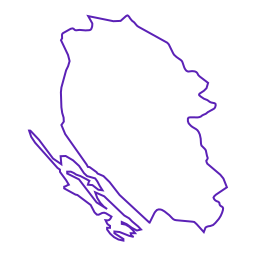 the County of Licko-Senjska
{"feature_id": "HRV-1584", "entity_name": "Licko-Senjska", "entity_type": "County", "adm_level": 1, "iso_a3": "HRV", "parent_name": "Croatia", "parent_adm1": "", "projection": "natural_earth1", "projection_center": [15.249, 44.713], "detail": "fine", "context": "isolated", "style": "outline", "palette": "violet", "viewbox_px": 256, "rotation_deg": 0, "n_neighbors": 0, "source": "natural_earth", "source_scale": "10m", "svg_char_len": 3189}
<svg xmlns="http://www.w3.org/2000/svg" viewBox="0 0 256 256"><path d="M149.5,222.7L119.6,195.0L109.6,182.1L103.5,176.1L97.5,173.5L96.6,172.2L89.6,167.1L87.9,166.9L86.6,164.5L65.2,134.1L61.4,125.0L63.8,121.6L63.6,117.6L62.2,112.9L61.4,107.3L60.9,92.3L61.4,87.5L66.1,70.3L68.1,66.2L69.6,61.1L68.0,54.9L61.0,40.2L62.1,38.3L62.0,34.8L62.3,33.9L62.9,33.2L70.7,28.8L72.4,28.4L73.5,28.7L74.6,29.8L75.2,30.1L76.1,30.3L79.5,29.9L85.5,30.4L89.2,30.2L90.5,29.8L91.3,28.9L92.1,26.7L92.3,24.8L92.3,23.4L88.2,16.1L113.4,21.2L120.6,20.9L126.0,16.1L127.3,15.4L128.1,15.7L129.2,16.9L129.9,18.1L131.0,19.5L132.1,20.8L134.0,22.2L134.8,23.1L136.2,24.8L137.2,25.9L138.5,26.8L167.2,42.7L167.9,43.4L168.8,44.4L173.0,53.0L174.0,54.7L176.5,57.0L180.9,60.1L181.9,61.1L182.5,62.3L184.2,67.3L184.9,68.8L186.1,70.5L187.0,71.1L188.0,71.5L188.8,71.5L192.1,71.1L194.8,71.4L196.3,72.1L197.2,73.0L197.7,73.9L198.3,75.1L199.7,76.5L208.1,82.9L206.5,88.2L203.9,90.8L199.6,93.6L199.1,94.4L199.2,95.2L200.5,96.4L203.9,98.7L207.4,100.1L209.8,101.9L211.2,102.5L214.6,103.2L215.5,103.9L215.7,105.2L215.2,107.1L214.6,108.1L214.0,108.7L207.9,112.1L205.8,113.8L203.4,114.8L202.1,115.5L200.9,116.5L199.4,117.1L197.7,117.4L190.1,117.3L188.5,117.7L187.9,118.7L187.9,121.2L188.7,123.4L190.8,125.7L192.3,126.9L196.0,129.1L197.4,130.2L198.6,131.9L199.8,134.5L200.7,138.7L201.0,143.8L201.5,145.6L204.8,148.9L205.8,150.3L207.0,155.9L207.5,157.3L207.7,158.1L207.5,158.8L207.0,159.7L206.3,160.7L206.5,161.9L207.3,163.7L220.3,174.7L223.4,178.5L226.9,187.3L215.9,194.7L214.2,196.3L213.5,197.6L214.1,199.0L215.0,200.1L215.8,200.7L216.7,201.2L217.9,201.6L218.8,202.2L219.3,202.8L219.5,203.9L219.8,204.9L220.3,205.6L221.1,206.2L222.0,206.7L222.7,207.3L223.1,208.2L222.9,210.1L222.1,212.7L220.7,215.9L218.9,218.8L215.4,222.9L213.1,225.0L210.3,226.0L208.2,226.3L206.5,226.9L205.5,227.6L203.8,232.1L196.7,224.2L194.3,222.0L192.6,221.7L176.2,220.2L174.7,219.9L173.5,219.3L172.6,218.6L169.3,215.2L164.5,211.4L161.9,209.9L160.4,209.5L158.7,209.4L156.9,210.0L155.2,211.8L154.3,213.2L149.6,222.7L149.5,222.7ZM59.9,169.6L57.5,167.9L35.1,142.7L31.2,136.8L29.1,130.6L30.1,130.6L30.7,131.0L39.0,139.8L53.0,158.5L61.3,164.2L60.6,156.2L65.7,156.0L73.0,160.3L79.1,165.9L84.0,173.2L87.1,176.1L95.2,178.4L97.4,181.5L99.6,185.7L102.5,190.3L98.3,189.7L92.4,185.1L87.9,184.7L88.8,181.9L89.4,180.8L80.5,176.1L76.2,174.6L73.8,173.0L70.9,171.7L67.2,171.7L67.2,173.5L79.0,179.4L96.6,202.4L107.1,209.0L103.7,206.5L100.3,202.8L97.3,198.1L95.2,192.3L104.2,196.3L124.3,215.5L129.1,218.3L132.2,221.5L138.2,226.5L141.0,229.5L136.9,230.5L131.8,227.8L126.6,224.1L121.8,222.0L121.8,223.9L125.6,224.6L129.4,226.9L132.7,230.0L135.1,233.2L130.7,233.2L131.1,234.8L131.7,235.7L132.5,236.3L133.7,236.9L129.1,235.8L119.5,232.0L114.4,231.5L114.4,233.2L123.4,239.0L123.4,240.6L118.4,239.5L114.0,237.1L110.2,233.7L107.1,229.5L107.1,227.8L110.0,227.8L110.0,225.8L108.3,224.8L107.2,223.7L105.5,220.2L107.7,220.4L109.3,219.9L110.4,218.7L111.5,216.6L106.0,213.3L104.1,212.7L102.1,213.0L98.7,214.7L96.8,214.6L94.5,212.3L90.7,205.0L77.4,195.0L75.5,194.6L64.2,188.4L64.2,186.7L65.5,186.3L67.5,185.2L68.8,184.7L66.1,180.2L60.0,171.9L59.9,169.6Z" fill="none" stroke="#5b21b6" stroke-width="2"/></svg>